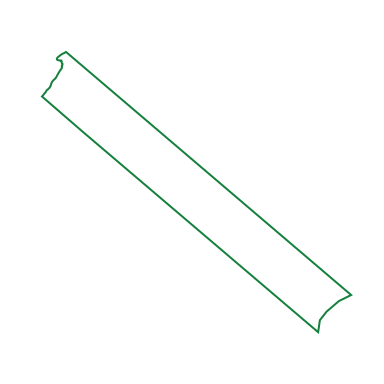 outline of Ngersngai, Ngiwal, Palau, rotated 218°
{"feature_id": "81905179B24146808409811", "entity_name": "Ngersngai", "entity_type": "district", "adm_level": 2, "iso_a3": "PLW", "parent_name": "Palau", "parent_adm1": "Ngiwal", "projection": "mercator", "projection_center": [134.633, 7.553], "detail": "fine", "context": "isolated", "style": "outline", "palette": "green", "viewbox_px": 384, "rotation_deg": 218, "n_neighbors": 0, "source": "geoboundaries", "source_scale": "gbopen_adm2", "svg_char_len": 792}
<svg xmlns="http://www.w3.org/2000/svg" viewBox="0 0 384 384"><g transform="rotate(218 192 192)"><path d="M3.2,208.8L377.5,224.8L377.9,223.8L378.2,222.8L378.7,222.0L379.3,220.9L379.9,218.8L380.3,217.3L380.8,215.1L380.5,213.7L380.2,213.5L379.7,213.2L379.1,213.3L378.3,213.6L377.5,214.1L376.1,215.0L375.9,214.4L375.0,214.6L374.5,213.8L373.9,213.4L372.8,213.2L372.6,212.1L372.2,211.9L372.2,211.2L371.6,210.9L371.4,210.1L370.9,209.7L370.8,207.1L370.6,205.0L370.3,202.8L370.0,200.8L369.7,199.1L369.6,197.4L369.8,196.1L370.0,195.0L370.1,193.2L369.8,191.3L369.1,189.6L368.6,187.6L368.5,186.4L368.7,184.4L369.1,183.1L369.0,181.7L368.7,179.9L369.0,178.7L368.9,176.5L369.0,174.9L315.3,172.2L6.3,159.2L12.3,169.7L12.3,180.7L9.1,196.5L3.2,208.8Z" fill="none" stroke="#15803d" stroke-width="2"/></g></svg>